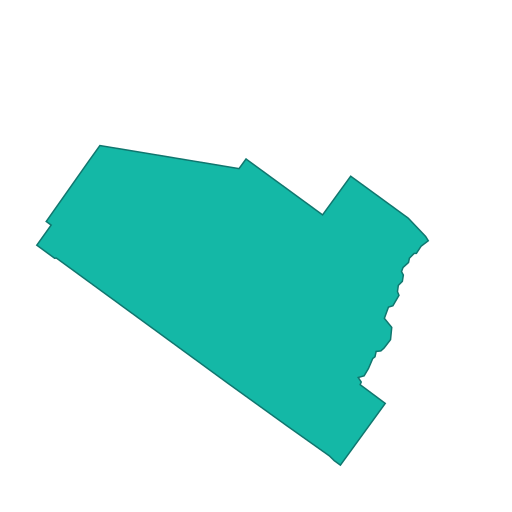 the district of Sierra, New Mexico, United States of America, rotated 216°
{"feature_id": "52423323B62367348264258", "entity_name": "Sierra", "entity_type": "district", "adm_level": 2, "iso_a3": "USA", "parent_name": "United States of America", "parent_adm1": "New Mexico", "projection": "mercator", "projection_center": [-107.514, 33.043], "detail": "fine", "context": "isolated", "style": "filled", "palette": "teal", "viewbox_px": 512, "rotation_deg": 216, "n_neighbors": 0, "source": "geoboundaries", "source_scale": "gbopen_adm2", "svg_char_len": 759}
<svg xmlns="http://www.w3.org/2000/svg" viewBox="0 0 512 512"><g transform="rotate(216 256 256)"><path d="M64.8,212.7L96.1,213.1L96.8,215.9L101.9,217.8L98.1,222.6L98.9,231.1L101.3,241.7L100.5,244.4L102.7,249.4L99.2,252.6L98.3,256.8L98.0,267.4L104.2,278.0L115.5,281.0L118.8,292.5L116.0,296.2L117.2,308.2L120.6,310.3L123.6,315.9L122.7,321.5L125.6,327.2L129.1,328.9L130.3,333.1L128.8,340.4L130.6,344.4L129.6,351.0L127.8,352.4L128.2,360.9L125.6,369.6L130.2,371.5L155.1,376.1L226.3,376.2L226.3,328.4L235.5,328.4L309.6,328.6L321.1,328.6L321.1,316.7L447.2,253.6L447.1,236.1L446.0,160.6L439.9,160.6L439.7,135.9L417.6,135.8L416.3,137.0L202.5,136.5L131.1,136.8L79.0,137.4L72.4,136.4L64.8,136.4L64.8,212.7Z" fill="#14b8a6" stroke="#0f766e" stroke-width="1.5"/></g></svg>